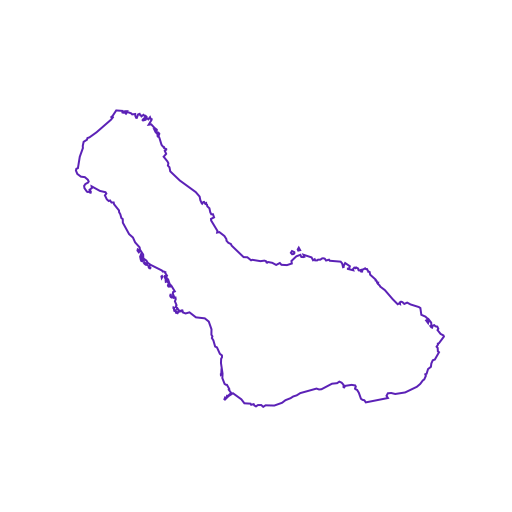 the district of Fefen, Federated States of Micronesia, rotated 145°
{"feature_id": "79324940B58883222100719", "entity_name": "Fefen", "entity_type": "district", "adm_level": 2, "iso_a3": "FSM", "parent_name": "Federated States of Micronesia", "parent_adm1": "", "projection": "natural_earth1", "projection_center": [151.838, 7.342], "detail": "fine", "context": "isolated", "style": "outline", "palette": "violet", "viewbox_px": 512, "rotation_deg": 145, "n_neighbors": 0, "source": "geoboundaries", "source_scale": "gbopen_adm2", "svg_char_len": 6129}
<svg xmlns="http://www.w3.org/2000/svg" viewBox="0 0 512 512"><g transform="rotate(145 256 256)"><path d="M235.9,230.8L240.2,234.2L240.5,236.6L244.6,237.1L246.6,241.1L249.6,244.2L250.7,244.1L251.1,244.6L250.8,246.0L251.8,247.4L255.3,249.2L261.2,255.0L262.5,255.3L263.8,259.9L266.8,262.2L270.0,278.4L269.7,280.2L271.1,282.7L271.4,285.5L270.6,286.8L270.4,290.5L272.3,296.6L274.4,297.5L273.2,298.7L272.4,310.8L271.6,312.2L268.2,311.7L267.3,314.9L268.7,315.8L268.4,318.0L266.8,321.8L267.4,324.6L266.7,326.2L267.2,327.0L266.6,327.9L267.6,328.0L267.5,330.1L268.1,330.4L270.1,329.7L270.2,330.3L269.6,333.6L268.1,337.0L268.7,342.9L275.1,361.5L277.7,374.5L276.0,378.3L276.3,380.6L274.6,382.2L274.3,384.2L274.7,390.3L271.0,391.2L270.4,394.5L268.5,394.6L268.2,395.1L269.4,397.0L268.9,398.2L269.5,399.0L269.6,401.3L267.4,408.1L267.2,409.4L267.9,410.1L267.8,410.9L266.8,411.4L266.0,410.9L265.1,411.6L265.2,413.1L265.7,413.4L266.9,412.8L267.2,415.3L266.8,417.6L265.5,415.6L264.8,416.4L265.7,419.3L266.3,423.9L268.6,425.1L263.5,427.4L263.0,427.9L263.6,428.8L263.2,430.5L265.8,429.7L266.4,431.8L268.3,430.9L270.8,431.8L270.9,432.4L269.4,432.9L265.9,433.0L266.1,434.3L266.9,434.6L267.2,436.2L269.7,436.1L269.6,437.2L270.1,437.7L269.8,439.2L271.4,439.6L274.4,437.5L274.9,437.9L274.5,440.0L273.5,441.6L276.2,443.0L276.4,444.4L278.8,447.8L280.9,447.1L281.2,448.3L280.5,448.1L280.1,449.2L279.5,449.2L280.4,449.8L282.6,449.5L283.1,450.2L282.1,451.4L287.0,455.4L293.1,453.0L294.8,452.8L294.7,452.1L293.6,452.1L293.6,451.7L296.7,450.8L315.7,448.8L324.4,448.7L326.4,449.3L327.8,448.2L331.7,448.4L334.8,445.5L335.9,443.7L343.4,438.4L351.5,430.1L353.1,430.5L354.5,429.3L355.3,425.7L353.9,421.4L351.0,418.8L350.0,415.0L350.3,413.0L351.4,412.5L354.5,412.8L356.6,412.0L357.6,410.0L357.6,405.7L357.0,404.8L355.9,404.6L355.5,402.9L355.1,402.7L354.4,403.5L354.3,405.7L351.5,405.8L350.7,407.4L346.5,398.8L342.7,394.6L342.8,393.0L345.0,392.3L345.7,388.0L345.1,385.5L343.7,385.2L343.7,382.7L341.9,381.5L342.6,379.8L342.1,371.9L343.0,370.4L343.2,368.0L344.5,364.4L344.0,362.7L346.0,359.6L347.4,346.7L346.2,341.7L347.2,336.5L346.4,329.8L347.4,327.8L347.6,321.9L350.1,318.0L349.7,317.1L349.2,317.4L348.4,315.1L348.6,312.5L347.4,309.2L341.4,298.1L341.3,296.7L340.6,296.4L339.5,294.7L340.1,294.1L340.2,290.9L341.3,290.6L341.9,288.6L341.7,287.6L343.5,285.9L343.1,284.8L341.9,285.6L342.8,282.6L342.4,280.1L342.8,273.6L344.7,274.0L345.8,272.7L346.4,269.9L347.1,268.7L345.8,268.2L346.5,266.7L348.4,265.4L349.3,261.3L350.5,260.8L350.9,260.1L350.3,258.8L351.1,257.9L350.3,257.1L351.1,254.6L350.3,254.2L349.7,254.8L348.6,253.2L348.0,254.0L347.5,253.7L348.2,251.6L346.6,249.3L342.8,248.0L340.4,240.2L333.7,234.3L332.3,229.4L334.5,221.5L337.7,217.1L337.8,215.2L339.2,214.1L339.3,211.4L341.4,205.3L340.4,203.5L341.7,196.6L340.9,194.1L341.9,192.6L343.5,191.8L346.1,188.4L350.9,178.8L353.6,175.3L355.1,169.2L354.5,167.8L353.7,167.1L354.2,162.3L355.0,162.1L354.9,158.0L359.2,157.5L359.9,158.1L360.8,157.1L362.3,157.2L362.5,157.8L364.0,156.8L363.8,156.2L358.9,157.0L353.6,156.8L350.2,147.0L350.0,142.0L345.2,138.2L345.3,136.9L342.9,136.0L343.1,134.6L342.3,132.8L340.0,132.8L337.2,130.9L336.6,128.3L333.8,128.2L326.8,123.0L318.8,120.8L314.6,121.0L309.2,119.7L306.1,119.6L302.6,118.5L298.4,118.3L282.5,112.7L280.9,110.5L278.8,109.3L267.0,107.8L262.5,105.3L259.8,105.3L258.5,103.1L258.2,100.2L259.5,98.4L259.2,97.8L257.3,98.4L251.6,95.6L249.0,93.1L249.2,91.7L250.8,90.8L251.0,90.1L250.0,88.3L250.2,85.0L251.9,78.9L251.3,77.1L250.0,75.7L250.0,73.1L229.4,64.0L229.3,66.6L226.7,67.9L223.8,66.2L221.1,63.1L212.1,58.7L199.3,56.6L194.9,57.0L190.7,58.4L189.0,58.4L185.6,60.4L185.2,62.0L183.8,61.7L179.9,64.7L176.3,64.9L174.0,67.4L171.0,69.2L168.9,68.6L161.3,72.2L161.7,73.6L159.9,76.5L160.1,78.1L157.8,79.0L157.3,79.9L156.2,79.6L148.3,82.2L148.0,83.4L149.5,86.3L149.8,91.2L148.4,91.8L148.0,94.2L149.3,95.4L149.7,97.2L151.3,97.5L152.8,96.3L153.3,97.1L153.3,98.6L152.2,98.4L150.7,101.0L150.9,104.8L151.7,104.3L151.3,103.0L152.4,103.4L153.5,102.4L153.6,105.6L151.7,105.4L151.4,106.4L152.0,109.2L154.3,113.0L151.2,119.1L151.9,120.8L157.2,127.7L158.9,131.1L162.0,131.7L162.5,134.2L163.4,135.4L164.7,135.5L165.5,134.1L165.9,135.1L167.6,135.2L168.8,142.2L170.0,154.1L171.8,159.7L171.6,160.8L172.1,163.1L171.2,164.1L172.1,164.7L171.5,166.1L172.1,167.3L171.5,167.9L173.2,175.2L172.1,177.7L172.9,178.6L172.6,178.8L172.9,180.0L172.5,181.5L173.6,182.5L173.7,183.3L177.1,183.6L178.0,182.4L178.8,182.9L178.8,183.4L177.8,184.3L179.9,185.0L180.1,186.0L179.5,187.1L180.5,189.1L181.1,189.1L181.5,188.1L181.4,189.6L182.1,190.1L184.2,189.6L184.5,188.5L188.7,193.3L186.8,192.4L185.0,193.8L187.0,199.1L189.7,197.7L190.5,196.7L191.1,196.9L189.7,200.5L189.9,202.8L198.3,209.8L198.3,211.1L201.2,212.1L201.2,214.3L201.8,215.2L203.1,216.1L205.4,216.1L207.3,217.4L208.4,217.3L210.1,218.5L209.8,219.7L211.7,219.8L211.3,223.0L216.4,229.8L216.9,227.6L217.8,227.9L219.4,229.2L219.0,231.5L223.1,232.6L229.8,231.6L231.0,229.3L235.9,230.8ZM349.5,323.1L351.3,321.9L352.5,319.1L352.8,317.7L352.0,316.7L351.2,317.0L351.4,317.7L349.5,323.1ZM223.7,239.4L225.6,238.6L225.4,236.7L224.0,236.0L222.8,236.4L222.4,237.2L223.7,239.4ZM351.0,314.8L351.8,314.5L351.8,313.5L351.3,312.0L350.3,311.1L350.0,312.8L350.6,313.2L351.0,314.8ZM354.1,255.4L352.6,253.5L353.4,258.2L354.1,258.6L354.4,257.9L353.5,256.7L354.1,255.4ZM216.2,238.3L218.1,237.4L218.3,236.2L216.5,235.5L216.2,238.3ZM349.1,329.2L350.0,328.4L349.9,326.2L349.1,326.4L348.5,327.6L349.1,329.2ZM342.3,291.9L342.7,291.6L343.5,288.3L341.5,291.2L342.3,291.9ZM350.4,181.5L351.8,179.7L352.5,179.5L352.9,178.8L351.6,178.9L350.4,180.6L350.4,181.5ZM349.0,309.1L350.1,309.0L350.3,308.6L350.4,307.2L349.8,306.6L349.3,306.8L349.5,307.7L349.0,309.1ZM344.4,282.9L345.2,282.2L345.2,281.1L344.1,280.4L344.0,282.4L344.4,282.9ZM349.0,270.4L348.2,269.9L347.9,270.9L348.4,270.9L348.7,271.8L349.3,271.2L349.0,270.4ZM345.2,293.5L345.8,292.1L344.7,292.6L344.5,293.5L345.2,293.5ZM348.4,272.5L347.6,273.9L348.9,272.8L348.4,272.5ZM344.2,287.5L344.7,286.6L344.0,286.4L343.4,287.1L344.2,287.5ZM352.7,260.4L353.1,261.2L353.5,260.8L353.5,259.8L352.7,260.4Z" fill="none" stroke="#5b21b6" stroke-width="2"/></g></svg>